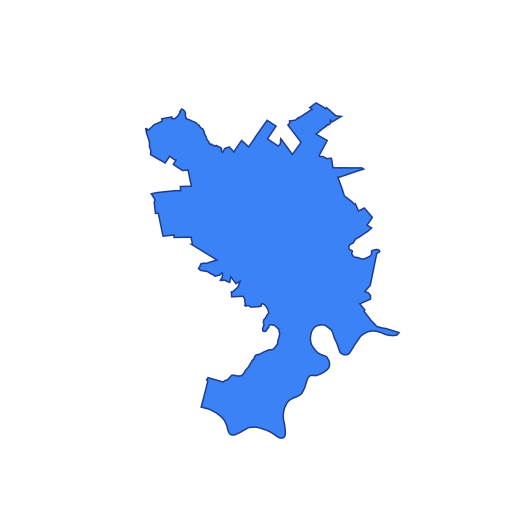 Catazajá, Chiapas, Mexico (Robinson projection), rotated 123°
{"feature_id": "50627088B33192672219794", "entity_name": "Catazajá", "entity_type": "district", "adm_level": 2, "iso_a3": "MEX", "parent_name": "Mexico", "parent_adm1": "Chiapas", "projection": "robinson", "projection_center": [-91.989, 17.768], "detail": "fine", "context": "isolated", "style": "filled", "palette": "blue", "viewbox_px": 512, "rotation_deg": 123, "n_neighbors": 0, "source": "geoboundaries", "source_scale": "gbopen_adm2", "svg_char_len": 6137}
<svg xmlns="http://www.w3.org/2000/svg" viewBox="0 0 512 512"><g transform="rotate(123 256 256)"><path d="M391.7,133.7L390.0,134.1L386.4,136.4L382.3,139.8L377.6,144.4L374.6,146.6L369.9,148.7L366.6,149.5L363.1,150.0L359.3,149.6L356.5,148.4L350.7,144.5L348.2,143.3L346.2,142.7L340.0,143.4L333.3,145.3L329.8,146.1L327.4,145.7L326.0,144.6L323.6,140.5L320.3,137.9L316.7,135.9L312.7,134.4L309.9,134.1L308.1,134.6L305.9,135.8L303.8,138.3L302.2,141.6L302.1,142.9L302.9,146.4L303.3,148.4L303.5,150.5L303.1,153.7L301.3,158.8L300.1,161.1L298.1,163.4L295.4,165.6L292.5,167.0L289.4,168.1L287.1,168.4L283.8,168.1L282.0,167.3L280.4,166.1L279.0,164.7L277.6,162.8L276.8,161.3L276.5,160.1L276.5,158.2L277.0,152.7L278.1,150.5L282.4,145.2L285.0,140.9L291.0,133.2L291.3,132.0L291.2,129.7L290.9,128.4L290.3,127.3L289.3,126.1L288.1,125.1L286.5,124.7L280.3,124.7L275.9,124.9L266.5,124.6L263.5,123.6L261.5,122.7L259.6,121.6L257.3,119.7L255.2,117.1L254.2,115.4L253.1,112.9L252.1,109.3L251.3,104.6L249.9,100.9L248.0,97.5L245.8,94.9L242.4,94.2L242.5,94.9L246.0,107.4L247.7,111.1L248.4,113.6L249.3,116.1L247.5,124.0L243.6,135.1L241.9,135.4L239.6,142.9L229.8,136.5L226.8,138.4L225.7,141.8L226.5,145.4L218.4,144.2L188.4,156.0L186.7,155.5L185.6,154.8L184.6,154.8L184.2,155.4L184.1,155.8L184.4,157.7L184.9,158.5L185.7,159.3L188.2,161.6L188.7,161.7L189.7,161.5L191.4,160.1L192.7,160.0L193.6,160.2L194.8,160.7L197.4,162.3L198.8,163.2L200.1,164.4L200.8,165.5L201.1,166.5L201.9,169.9L203.4,172.9L203.2,174.1L202.6,175.9L202.1,176.7L201.7,177.1L200.7,177.6L200.0,177.4L199.4,177.9L199.2,178.3L199.2,178.8L199.6,180.2L199.6,180.8L199.4,181.7L198.6,182.6L197.6,183.2L197.0,183.4L195.6,183.4L194.4,183.0L192.2,181.6L191.6,181.5L190.8,181.8L187.4,181.6L184.0,179.8L178.9,177.7L174.1,175.6L169.6,174.3L169.6,179.7L164.8,179.5L160.3,179.5L156.7,191.3L162.4,194.5L158.2,201.0L158.9,201.0L158.8,203.0L158.3,204.7L157.5,214.6L152.5,220.7L145.4,230.2L145.0,229.4L130.1,217.7L124.5,213.0L124.4,215.1L140.1,239.5L133.0,245.9L133.2,246.4L135.7,249.5L136.1,254.0L137.9,257.0L137.1,257.8L120.3,259.2L121.1,272.0L113.1,269.5L111.5,268.9L109.7,268.0L109.2,268.1L109.0,268.3L108.6,268.2L108.4,267.9L107.8,267.8L108.0,267.6L107.7,267.2L104.2,265.7L101.6,267.5L102.1,265.2L92.5,260.5L94.9,265.3L93.1,277.8L94.7,277.9L94.4,280.2L94.9,289.0L102.3,291.8L102.5,288.8L103.9,289.6L116.9,295.3L116.7,295.8L120.6,296.9L124.5,301.5L126.5,300.0L128.8,300.6L135.5,281.8L136.3,280.1L151.0,280.8L144.1,299.1L145.3,298.6L148.3,296.8L149.9,296.7L151.7,297.5L151.5,310.2L136.2,309.9L136.1,320.6L157.0,321.4L157.3,321.3L158.8,321.2L168.5,321.6L166.9,331.0L177.4,331.3L180.7,331.1L179.1,337.9L182.8,340.7L187.4,340.5L187.2,341.0L186.6,341.7L186.5,342.5L185.8,343.0L184.6,343.3L184.4,344.3L184.6,347.0L184.8,347.2L185.0,348.3L184.8,348.6L184.8,349.2L184.9,349.4L185.3,349.4L185.8,350.1L186.2,350.3L186.3,350.6L186.0,351.1L186.4,351.5L186.4,352.2L186.9,352.8L186.9,353.1L186.4,354.0L186.6,354.3L187.3,354.8L187.3,355.5L187.0,355.6L186.9,356.9L186.6,356.9L186.3,357.2L185.8,358.3L185.4,360.0L182.5,363.9L181.3,366.3L180.2,366.8L179.6,368.1L178.5,369.5L178.6,371.6L178.2,373.4L177.3,374.9L177.6,376.8L176.9,378.9L177.7,383.4L177.9,385.5L178.7,388.5L178.9,389.6L178.2,389.6L176.9,391.8L175.2,392.4L174.1,393.6L173.3,395.1L173.1,396.7L173.1,398.3L173.8,398.5L176.7,398.5L176.7,397.8L181.2,397.8L184.7,398.8L185.3,399.2L186.5,401.2L185.2,402.3L192.2,409.7L194.1,408.1L201.4,413.0L206.5,414.1L209.4,415.1L209.0,415.9L209.3,415.9L210.1,416.4L208.9,417.4L209.3,417.8L212.6,414.7L217.9,408.0L219.9,406.4L222.4,404.9L223.9,403.0L224.7,401.6L228.4,399.7L227.5,382.8L219.3,382.8L219.7,377.5L219.7,376.9L219.1,375.3L224.3,375.2L224.3,364.0L220.9,359.8L232.7,348.2L238.9,357.3L242.3,354.8L245.0,359.1L256.3,373.1L260.8,377.7L263.9,371.2L266.3,370.7L275.1,363.5L273.3,361.3L290.0,344.8L283.0,336.2L285.1,334.9L275.5,320.5L275.7,320.3L275.9,320.5L280.6,315.8L281.4,316.7L280.6,286.7L289.3,293.7L290.4,296.0L290.7,296.0L291.1,296.2L292.2,297.9L293.7,297.8L295.2,297.4L297.8,297.5L298.3,294.7L295.5,288.2L295.5,283.7L295.0,281.9L295.1,281.4L295.3,280.4L295.3,279.4L294.1,278.4L293.4,277.5L292.4,276.8L292.0,276.1L289.9,275.6L288.6,275.1L289.8,273.8L291.3,273.3L292.3,272.8L295.8,272.7L295.7,272.0L294.9,271.8L294.6,270.4L293.6,270.2L292.6,263.7L287.2,265.7L290.1,257.7L285.9,255.6L291.9,254.2L298.8,256.1L299.0,256.2L299.5,257.1L303.5,254.2L296.9,245.0L298.0,242.2L299.2,241.5L300.5,240.4L301.0,239.5L301.4,239.2L301.9,239.1L302.8,238.4L303.6,238.5L303.7,238.0L303.6,237.5L303.4,237.0L302.9,237.0L302.7,236.7L301.8,235.3L301.5,234.5L301.7,232.9L301.3,231.9L300.4,231.0L299.9,230.0L299.5,229.4L298.6,228.4L296.8,225.8L294.9,224.3L294.4,225.0L294.2,225.2L293.6,225.3L292.8,225.1L292.3,223.8L292.2,222.6L292.6,220.7L294.1,217.3L294.5,216.6L296.4,214.7L297.5,214.2L298.9,214.6L301.3,214.3L302.5,214.4L303.7,214.3L305.1,214.7L305.9,214.5L307.4,213.8L308.2,213.1L308.7,212.4L309.2,212.1L309.7,211.8L313.6,210.7L313.9,210.5L315.0,209.5L315.1,209.1L314.9,208.5L314.9,208.1L314.6,207.9L314.5,207.5L313.0,206.6L312.3,206.6L311.3,206.9L309.1,206.5L308.5,206.7L308.0,207.0L307.4,207.1L306.3,206.8L306.0,206.6L305.4,205.9L305.0,204.7L304.3,203.6L304.1,202.3L305.1,196.9L307.4,194.8L308.2,193.8L311.0,192.7L315.3,191.4L318.1,190.1L320.7,190.2L323.4,190.5L324.5,190.7L325.3,191.2L326.2,192.0L328.2,194.6L329.4,195.2L332.0,197.1L333.1,197.6L335.7,199.1L338.2,200.9L338.1,201.4L339.3,202.2L340.0,202.3L341.3,202.3L341.5,202.0L344.4,201.6L345.0,202.3L346.5,202.4L348.0,202.1L353.7,201.9L357.1,202.5L361.6,202.4L364.1,202.9L365.5,204.4L366.7,206.2L367.7,208.7L368.1,210.0L369.4,211.5L374.6,212.3L375.4,212.6L377.8,214.4L379.6,215.0L384.1,230.0L386.8,230.0L386.9,228.9L387.2,228.4L388.0,228.0L395.4,225.4L412.6,219.7L410.5,213.4L409.7,210.3L409.6,207.9L409.2,203.9L409.7,198.2L410.1,196.0L410.8,193.8L411.9,191.6L414.2,188.0L417.1,185.1L418.6,183.0L419.2,182.0L419.5,180.7L419.4,179.2L418.8,177.9L417.6,176.4L412.6,173.2L404.7,169.2L402.6,167.3L399.6,162.9L398.6,160.7L396.8,154.0L395.9,149.4L395.7,146.3L395.9,139.6L395.9,138.4L395.6,137.1L395.1,135.8L394.3,134.7L393.0,133.8L391.7,133.7Z" fill="#3b82f6" stroke="#1e3a8a" stroke-width="1.5"/></g></svg>